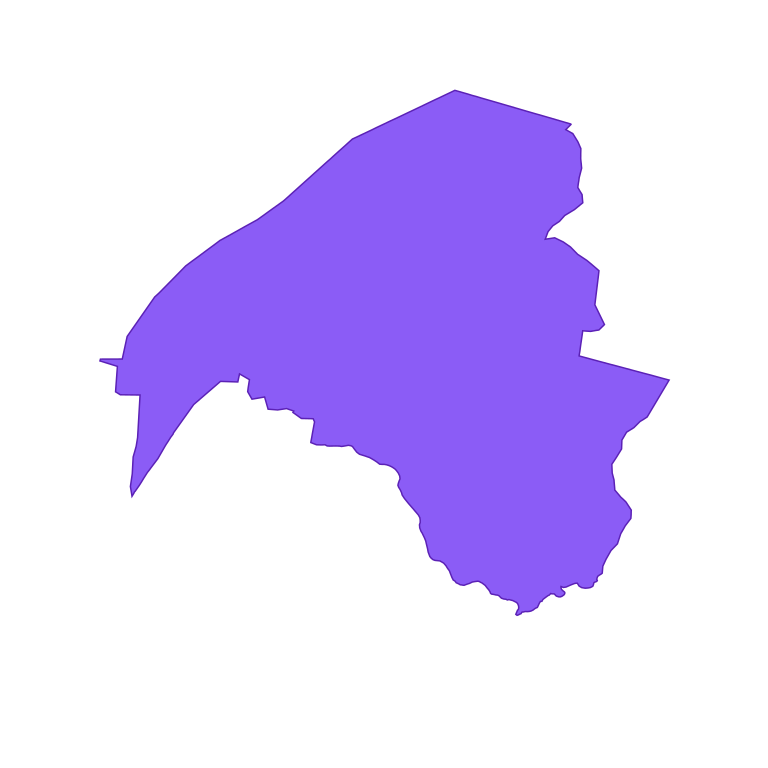 Mazatlán Villa de Flores, Oaxaca, Mexico (Robinson projection), rotated 73°
{"feature_id": "50627088B32385054686880", "entity_name": "Mazatlán Villa de Flores", "entity_type": "district", "adm_level": 2, "iso_a3": "MEX", "parent_name": "Mexico", "parent_adm1": "Oaxaca", "projection": "robinson", "projection_center": [-96.881, 18.015], "detail": "fine", "context": "isolated", "style": "filled", "palette": "violet", "viewbox_px": 768, "rotation_deg": 73, "n_neighbors": 0, "source": "geoboundaries", "source_scale": "gbopen_adm2", "svg_char_len": 5498}
<svg xmlns="http://www.w3.org/2000/svg" viewBox="0 0 768 768"><g transform="rotate(73 384 384)"><path d="M140.5,342.6L146.3,355.0L147.8,358.3L151.4,366.0L153.1,369.5L154.5,372.7L162.3,389.5L162.7,390.3L168.6,403.0L169.9,405.8L178.8,424.9L179.3,426.0L179.6,426.7L183.7,438.9L185.5,444.2L187.5,450.0L189.6,456.3L189.9,457.2L191.5,464.8L192.6,470.1L193.8,475.6L195.7,484.3L198.6,498.0L198.7,498.7L200.5,503.6L202.8,510.1L204.6,515.2L206.6,520.8L207.9,524.4L210.5,531.9L213.1,539.1L213.2,539.3L215.6,543.7L218.0,548.1L231.3,572.7L233.7,577.8L263.4,615.7L283.6,627.0L277.3,647.9L278.9,648.9L289.2,633.8L313.0,643.0L317.2,639.3L323.2,620.5L363.2,635.3L371.1,639.2L375.5,642.0L380.4,645.2L396.3,651.0L407.9,656.5L417.7,657.8L415.2,655.0L414.4,654.4L413.8,653.3L409.6,647.9L406.8,644.6L404.1,641.6L401.2,638.2L399.4,636.1L397.4,633.2L396.4,631.9L394.0,628.6L389.3,622.1L379.3,611.4L377.7,609.6L377.4,609.2L375.9,607.4L372.7,603.7L370.2,600.3L369.2,599.6L367.5,597.4L348.0,572.0L333.7,539.6L339.3,523.2L332.1,519.2L340.5,511.4L347.9,515.0L351.5,516.6L359.9,514.7L360.8,507.8L361.5,502.0L362.7,502.0L374.2,502.2L377.7,493.3L378.0,491.2L378.9,485.2L379.0,484.4L383.5,478.2L384.6,479.4L392.8,473.1L396.5,461.9L399.9,461.5L410.3,466.9L413.9,468.7L417.7,470.7L418.6,471.1L422.4,466.3L424.0,461.6L424.9,458.1L426.6,456.5L427.5,454.1L428.5,450.5L429.3,447.8L430.3,444.8L431.3,442.9L431.6,441.0L431.9,438.8L432.2,436.0L433.2,434.0L433.9,433.0L434.9,432.3L437.8,431.3L441.2,430.0L444.0,428.0L445.7,425.5L447.4,423.0L448.9,421.0L450.0,419.4L453.2,416.4L454.7,415.1L456.8,413.4L459.4,411.6L460.2,409.6L460.9,407.3L462.1,405.0L463.5,403.0L465.0,401.3L466.5,399.9L468.4,398.4L470.2,397.5L473.2,396.4L476.5,395.9L479.4,396.4L480.8,397.6L483.1,399.3L484.9,400.3L487.0,400.2L490.0,399.4L493.1,399.0L495.4,399.1L499.5,397.9L504.2,396.0L505.7,395.4L507.0,394.8L510.6,393.2L512.1,392.5L514.1,391.7L516.1,390.8L518.2,389.9L519.4,389.4L521.5,389.0L522.2,388.8L524.9,389.2L526.1,389.6L526.9,389.8L529.1,391.3L530.3,391.5L532.0,391.9L535.4,391.7L536.0,391.6L537.7,391.1L540.4,390.7L542.9,390.3L546.3,390.0L549.0,390.2L554.1,390.5L554.3,390.5L557.6,390.9L562.4,390.6L564.6,389.7L566.4,388.4L567.6,386.8L568.6,384.4L569.5,382.3L572.7,379.3L576.1,377.8L577.8,377.4L579.5,376.9L581.7,376.1L584.8,375.9L588.8,375.6L591.7,375.1L593.0,373.9L593.9,373.5L595.3,373.0L595.8,372.3L597.1,370.9L598.3,369.8L598.8,368.5L599.0,368.3L599.9,366.3L599.7,363.1L599.7,360.5L599.2,357.4L599.5,355.0L600.0,352.0L600.7,350.7L601.8,349.7L602.1,349.4L602.9,348.5L606.2,346.1L609.2,345.0L611.5,344.0L612.2,343.8L613.6,343.4L615.4,343.3L616.4,342.5L617.0,341.2L617.7,339.9L618.5,338.6L619.1,337.1L620.2,335.9L621.8,335.1L623.2,334.3L624.7,332.2L625.5,330.3L626.6,329.2L626.7,327.5L627.7,325.9L628.8,324.1L631.7,321.1L632.6,320.7L633.3,320.4L635.5,320.2L637.4,320.6L638.9,321.4L639.3,322.4L642.8,325.3L643.4,324.9L644.1,324.4L644.1,323.0L643.8,321.4L643.7,320.1L642.8,319.1L642.5,318.7L642.6,318.0L642.8,317.2L642.8,316.3L642.9,315.5L643.1,314.7L643.5,313.8L643.8,312.5L644.0,311.4L644.1,309.7L643.7,307.3L643.1,305.9L642.7,304.6L642.6,303.4L642.5,302.7L641.7,301.9L639.1,299.6L637.7,298.0L638.0,296.5L636.8,295.4L636.2,294.3L634.3,289.0L634.2,287.7L633.8,287.0L633.3,286.1L633.1,285.9L633.3,285.5L633.8,284.8L634.1,283.7L634.5,282.7L634.9,282.3L636.3,281.7L637.2,281.2L638.6,279.2L639.1,277.8L639.1,276.1L638.3,273.6L637.5,272.6L636.6,272.1L635.7,272.2L634.4,273.1L632.1,274.4L629.9,274.2L629.4,273.9L631.0,272.0L631.4,269.2L630.8,264.3L630.5,260.1L630.7,258.4L631.0,257.4L634.3,256.5L636.5,254.5L638.1,251.3L638.7,248.6L639.0,246.1L638.5,243.5L637.2,242.4L635.7,241.6L635.3,241.1L635.1,240.3L635.1,239.2L634.9,238.1L634.1,237.4L633.0,237.7L631.9,237.0L630.8,236.2L630.5,235.9L630.2,235.4L630.1,234.8L629.8,234.2L629.5,232.9L629.2,231.7L628.7,230.6L622.2,228.0L616.5,222.9L609.6,215.6L605.1,207.5L596.4,201.4L592.7,197.4L590.2,194.8L584.7,187.2L581.3,185.9L578.2,184.9L576.9,184.4L567.6,187.1L564.3,188.9L561.3,190.7L559.3,191.5L554.2,193.7L552.8,194.3L551.3,193.9L543.8,192.3L543.2,192.1L535.9,191.8L527.4,189.6L522.2,183.3L515.6,175.8L507.2,172.9L501.0,166.1L498.8,157.8L494.7,150.1L493.8,146.5L492.5,142.0L472.6,120.1L463.6,110.2L460.3,115.5L457.2,120.4L453.7,125.9L449.7,132.4L443.4,142.5L437.0,152.7L432.2,160.4L432.0,160.8L422.0,176.8L414.7,188.4L414.2,189.2L412.4,188.4L411.9,188.1L409.7,187.0L407.9,186.2L405.3,185.0L402.1,183.5L400.0,182.5L397.9,181.5L394.7,180.0L391.2,178.4L392.2,176.0L394.1,171.0L394.8,165.3L395.2,162.7L391.9,156.3L391.6,155.8L376.3,158.2L369.9,159.2L342.9,147.2L338.5,145.3L331.2,149.9L326.6,152.9L325.1,153.9L322.9,155.7L317.9,159.8L316.6,160.9L307.5,165.6L300.6,171.0L294.1,178.0L292.7,187.5L286.3,182.6L282.1,176.4L279.8,168.7L275.7,161.9L272.9,150.9L268.8,140.9L265.8,140.3L260.8,139.2L260.0,139.4L258.4,139.8L257.4,140.1L252.7,141.2L249.0,139.5L246.6,138.3L244.2,137.2L243.9,137.1L235.4,131.9L235.2,131.8L234.8,131.8L231.1,131.0L229.9,130.8L226.4,130.1L224.7,129.6L223.5,129.2L221.5,128.6L218.2,127.5L216.3,126.9L215.0,127.1L210.5,127.6L209.0,127.8L199.8,130.2L193.9,135.8L190.3,129.0L190.2,128.7L190.2,129.0L189.7,129.8L172.3,156.3L170.4,159.3L165.9,166.2L151.2,188.6L147.4,194.4L138.8,207.6L136.1,211.6L133.8,215.3L131.0,219.4L128.3,223.6L126.5,226.3L123.9,230.4L124.3,233.0L125.0,237.7L125.0,237.8L126.0,244.5L126.5,247.8L127.0,251.5L128.2,259.5L130.1,272.1L130.7,276.1L131.5,281.6L132.7,289.6L134.3,300.9L135.6,309.5L136.6,316.4L137.4,321.2L140.5,342.6Z" fill="#8b5cf6" stroke="#5b21b6" stroke-width="1.5"/></g></svg>